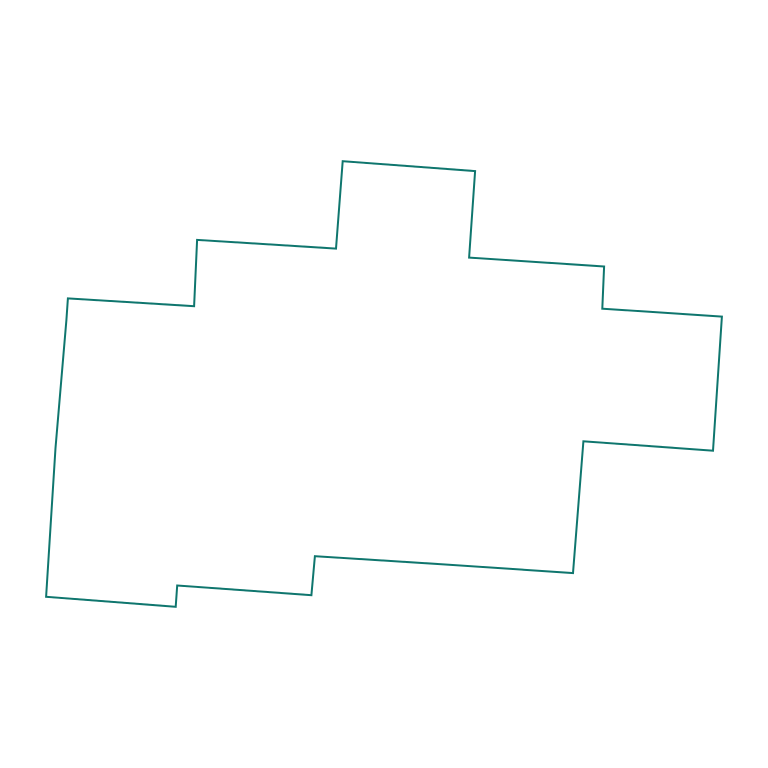 the district of Hocking, Ohio, United States of America
{"feature_id": "52423323B99959311448402", "entity_name": "Hocking", "entity_type": "district", "adm_level": 2, "iso_a3": "USA", "parent_name": "United States of America", "parent_adm1": "Ohio", "projection": "albers", "projection_center": [-82.49, 39.512], "detail": "fine", "context": "isolated", "style": "outline", "palette": "teal", "viewbox_px": 768, "rotation_deg": 0, "n_neighbors": 0, "source": "geoboundaries", "source_scale": "gbopen_adm2", "svg_char_len": 386}
<svg xmlns="http://www.w3.org/2000/svg" viewBox="0 0 768 768"><path d="M66.4,320.1L55.5,448.0L46.1,596.8L175.7,606.8L177.2,585.5L311.4,595.2L314.9,556.2L443.8,564.4L573.0,573.1L583.4,441.3L713.0,450.7L721.9,316.6L602.3,308.7L604.1,266.5L469.1,257.6L475.1,171.1L342.7,161.2L336.0,248.6L197.1,239.9L194.1,306.2L67.9,298.4L66.4,320.1Z" fill="none" stroke="#0f766e" stroke-width="2"/></svg>